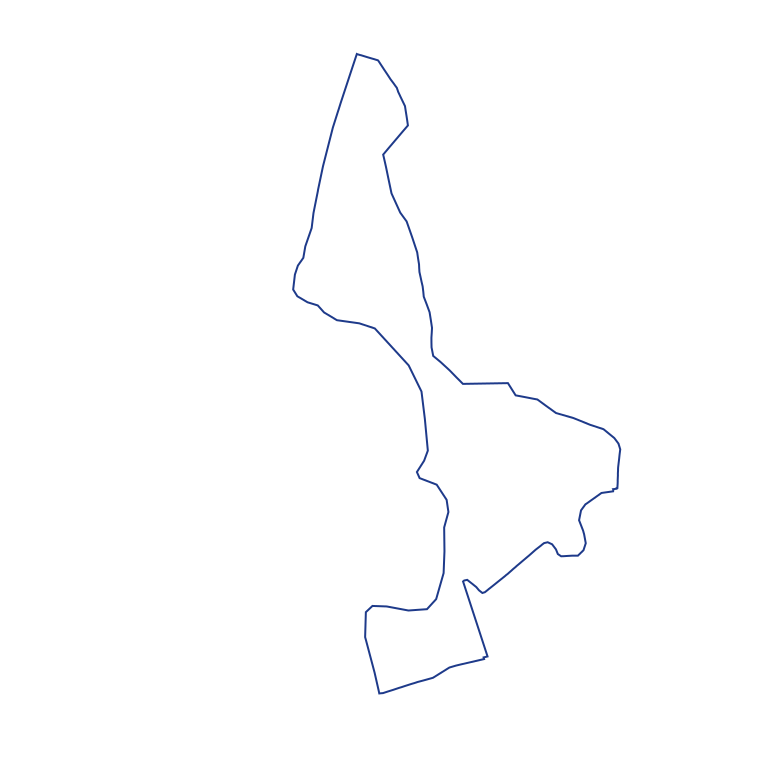 Saraf Omra, Western Darfur, Sudan, rotated 233°
{"feature_id": "16777658B82122608499404", "entity_name": "Saraf Omra", "entity_type": "district", "adm_level": 2, "iso_a3": "SDN", "parent_name": "Sudan", "parent_adm1": "Western Darfur", "projection": "orthographic", "projection_center": [23.394, 13.638], "detail": "fine", "context": "isolated", "style": "outline", "palette": "blue", "viewbox_px": 768, "rotation_deg": 233, "n_neighbors": 0, "source": "geoboundaries", "source_scale": "gbopen_adm2", "svg_char_len": 3490}
<svg xmlns="http://www.w3.org/2000/svg" viewBox="0 0 768 768"><g transform="rotate(233 384 384)"><path d="M139.7,194.0L139.3,194.7L139.1,195.0L138.8,195.5L138.0,196.8L137.8,197.0L136.2,201.7L134.2,207.3L132.2,213.3L131.4,215.4L130.9,216.9L130.4,218.4L128.1,225.0L127.7,226.1L126.9,228.2L126.0,230.8L126.0,231.0L125.5,232.2L124.6,234.4L123.5,237.1L121.3,242.7L119.9,246.3L118.3,264.6L118.2,265.6L115.8,272.0L113.8,276.6L104.1,298.4L105.7,299.0L104.1,302.7L104.6,302.9L178.7,328.3L178.7,328.5L178.8,328.9L178.8,329.1L178.8,329.8L178.7,330.0L177.5,332.6L166.3,335.5L164.2,335.6L162.1,335.7L157.9,336.8L157.0,339.3L157.1,342.7L157.1,342.9L157.2,344.3L157.2,345.5L157.5,355.8L157.8,365.6L157.9,366.2L157.9,368.8L158.0,369.5L158.3,373.6L158.5,375.6L158.7,379.5L158.8,379.9L159.2,387.1L159.6,394.1L159.7,396.4L160.4,405.3L160.5,412.3L160.6,413.4L160.6,413.6L160.6,413.8L160.6,414.4L160.6,416.1L159.1,419.5L154.8,421.8L148.4,421.8L143.6,420.5L139.8,421.8L138.0,424.4L136.9,426.1L135.3,428.5L133.7,430.9L133.3,431.5L132.0,433.2L130.9,434.6L130.2,435.5L130.3,436.2L130.5,438.1L130.6,438.9L130.7,439.2L130.7,439.6L130.8,439.8L130.8,440.1L130.8,440.4L130.8,440.6L130.9,441.3L131.0,441.5L131.0,441.9L131.1,442.5L131.1,442.8L131.2,443.2L131.2,443.3L135.4,449.3L141.6,452.4L143.4,453.3L144.1,453.6L145.7,454.2L146.1,454.4L147.2,454.8L157.8,457.8L164.5,465.3L166.7,472.5L166.6,473.3L166.1,492.1L160.4,502.4L161.6,503.6L162.1,503.7L160.4,506.7L160.9,507.1L160.5,507.8L163.9,510.7L165.9,512.3L166.1,512.4L168.8,514.6L170.1,515.7L170.8,516.2L172.0,517.1L174.0,518.8L174.5,519.2L174.7,519.3L176.5,520.8L180.9,525.0L183.1,527.1L185.9,529.7L189.7,533.4L189.9,533.4L191.2,533.9L191.9,534.2L192.3,534.3L192.6,534.4L193.3,534.7L193.6,534.8L194.2,535.0L194.4,535.0L194.5,535.1L195.2,535.4L198.2,535.4L202.3,535.4L207.6,534.1L215.8,532.1L225.9,525.1L227.3,524.1L242.8,514.8L257.3,503.9L269.3,500.2L279.3,497.2L282.8,494.0L289.9,487.6L295.7,482.3L310.1,483.5L336.6,447.1L346.0,445.8L355.5,444.6L361.5,443.5L367.5,442.4L372.2,441.3L376.8,440.2L380.7,442.1L384.6,444.0L388.5,446.8L392.4,449.7L396.1,452.9L399.9,456.1L406.9,459.9L413.9,463.6L421.8,466.0L429.8,468.3L434.2,471.0L438.7,473.6L443.0,475.5L447.3,477.5L452.1,479.7L455.3,481.8L458.5,484.0L463.8,486.8L469.1,489.7L476.5,492.2L483.9,494.7L492.0,497.3L500.2,499.9L505.6,500.0L511.1,500.1L521.4,502.4L531.7,504.7L546.4,511.6L555.9,516.1L561.2,518.5L567.7,521.4L569.6,529.6L573.6,547.4L574.5,551.4L576.1,558.7L581.0,561.4L584.7,563.4L589.8,566.1L593.3,568.0L603.3,570.0L607.5,570.9L608.3,571.0L608.5,571.1L608.8,571.2L609.3,571.3L610.3,571.7L610.7,571.8L611.4,572.0L612.5,572.4L612.9,572.5L615.0,572.5L618.2,572.6L621.5,572.6L623.4,572.6L629.2,573.0L634.8,573.3L642.3,573.8L643.5,573.9L645.9,574.0L646.2,573.9L646.4,573.8L647.3,573.1L648.4,572.3L649.4,571.6L650.7,570.6L655.0,567.4L660.4,563.5L661.2,562.8L663.7,561.0L663.9,560.9L652.7,544.7L649.5,540.1L642.7,530.3L634.5,518.5L630.7,513.2L629.6,511.6L619.5,497.4L594.6,466.3L578.7,448.1L577.8,447.2L563.0,430.6L552.1,420.1L541.3,404.0L533.3,395.5L530.4,386.5L525.0,378.7L514.1,368.3L506.2,367.6L495.3,372.1L486.6,378.4L477.2,379.2L463.3,384.8L447.3,400.8L433.9,410.1L384.0,414.9L355.4,409.4L331.5,395.6L304.4,378.9L298.6,369.9L293.9,357.3L287.4,355.8L271.9,365.5L253.8,364.3L243.0,358.4L233.2,345.7L214.0,331.6L197.1,317.8L180.8,296.2L178.3,282.8L188.4,267.2L204.7,252.3L213.7,241.2L212.7,232.2L193.2,216.6L189.2,215.0L159.2,202.8L142.5,195.3L139.7,194.0Z" fill="none" stroke="#1e3a8a" stroke-width="2"/></g></svg>